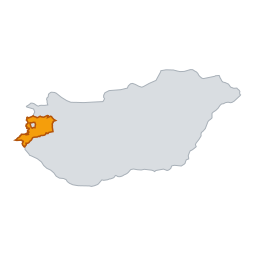 Hungary, with Vas highlighted
{"feature_id": "HUN-3138", "entity_name": "Vas", "entity_type": "County", "adm_level": 1, "iso_a3": "HUN", "parent_name": "Hungary", "parent_adm1": "", "projection": "robinson", "projection_center": [16.563, 47.075], "detail": "fine", "context": "in_parent", "style": "filled", "palette": "amber", "viewbox_px": 256, "rotation_deg": 0, "n_neighbors": 0, "source": "natural_earth", "source_scale": "10m", "svg_char_len": 4537}
<svg xmlns="http://www.w3.org/2000/svg" viewBox="0 0 256 256"><path d="M215.4,75.8L218.5,75.5L219.4,75.7L220.0,77.7L220.1,77.8L220.9,79.1L221.6,80.7L222.8,82.0L225.2,82.6L228.5,84.1L230.6,87.1L233.8,88.3L234.0,88.4L234.6,88.2L236.9,88.1L237.3,88.7L239.1,90.2L239.9,91.5L239.6,92.8L239.9,94.4L240.6,94.9L239.8,95.9L234.2,101.1L232.0,102.4L230.5,102.7L228.1,102.2L225.6,102.6L223.5,103.7L221.5,104.0L220.0,105.4L218.1,108.2L215.7,110.5L213.3,112.0L212.0,113.3L212.0,117.9L210.7,119.2L208.9,120.5L207.9,121.7L205.3,128.6L203.3,130.9L201.3,132.6L201.0,134.1L201.1,135.9L198.9,139.5L196.0,143.2L195.4,144.7L196.2,146.7L193.3,149.1L191.7,150.2L190.3,150.7L189.5,152.2L188.2,155.8L188.6,157.4L188.7,158.9L186.3,159.8L185.6,161.4L185.0,163.4L184.0,164.3L181.3,166.0L174.5,165.3L171.9,165.8L171.2,167.0L171.0,168.0L170.2,168.9L168.7,170.0L167.1,170.5L163.5,169.1L155.9,170.5L154.6,171.6L153.5,170.8L151.9,170.2L144.3,169.3L141.3,170.0L137.2,169.7L133.5,169.0L130.7,169.6L128.3,172.4L127.1,173.4L126.1,174.0L124.1,174.9L122.3,176.0L120.0,176.7L117.9,176.6L115.9,175.4L115.2,175.7L114.6,176.8L113.5,177.8L110.6,178.9L109.8,178.9L109.7,178.9L107.4,179.8L103.7,180.3L101.8,179.9L98.4,183.9L97.4,184.6L94.2,185.8L91.5,186.4L89.2,185.9L88.3,185.9L78.2,185.7L72.9,184.8L69.5,183.3L67.3,181.6L66.2,179.7L63.6,178.5L59.4,178.1L56.2,176.2L53.9,172.9L50.8,170.2L46.8,168.3L43.7,165.5L41.4,161.9L37.3,158.7L31.3,155.9L29.5,155.2L29.1,154.3L26.2,150.8L25.0,149.5L25.1,147.7L24.5,146.7L23.5,146.0L22.9,143.5L22.6,141.6L21.7,140.3L15.4,140.1L20.7,135.6L23.3,134.3L26.4,134.5L27.4,134.1L27.7,133.5L28.2,132.0L28.5,130.6L28.7,129.3L28.4,128.5L26.9,128.3L26.2,125.1L27.0,123.9L27.7,123.0L26.8,119.1L27.1,117.7L29.5,117.5L31.4,116.7L33.1,115.7L33.5,114.5L34.8,112.0L33.6,109.0L26.7,107.0L26.4,106.3L28.0,105.4L29.7,104.2L30.7,103.2L32.0,103.1L33.9,103.6L37.2,105.8L38.5,106.1L39.7,105.5L41.0,105.3L44.7,105.4L47.8,104.9L47.1,102.5L47.1,100.8L46.6,99.5L46.9,98.0L48.2,96.8L48.5,94.2L50.5,92.5L51.4,92.2L54.8,92.5L55.6,93.0L56.1,93.1L61.5,97.4L66.7,100.6L70.9,102.3L77.1,102.4L83.7,102.6L94.6,102.0L102.9,101.6L103.4,100.8L104.6,98.8L103.6,97.2L103.7,95.2L105.0,92.7L109.1,90.6L120.7,89.7L127.4,88.1L128.3,85.9L130.5,83.8L132.5,83.4L135.3,84.4L138.7,86.2L141.7,87.2L143.4,86.6L149.2,83.4L156.0,80.4L160.5,72.1L160.9,70.7L166.0,69.8L173.4,70.0L177.2,71.0L180.0,71.6L184.3,71.4L190.4,69.6L192.7,69.7L194.5,70.9L196.5,72.0L197.8,73.4L198.8,75.3L199.4,76.0L200.3,76.9L201.9,78.2L203.4,78.6L214.7,76.3L215.4,75.8Z" fill="#d9dde1" stroke="#a8b0b8" stroke-width="1"/><path d="M28.4,118.0L31.9,116.6L33.2,115.8L33.3,115.9L33.7,116.3L34.1,116.6L35.9,117.0L36.8,117.7L37.7,117.6L40.2,116.2L41.1,116.8L43.8,117.2L47.3,115.5L48.2,115.7L47.8,116.5L47.5,117.6L50.7,116.2L51.6,116.7L52.3,117.8L53.8,119.4L55.7,120.5L53.5,121.3L53.2,121.5L53.2,122.2L53.0,122.6L52.6,123.0L52.2,124.0L52.4,125.2L52.3,127.2L53.0,131.6L48.9,132.4L48.0,133.5L47.6,133.5L47.3,133.5L47.0,133.3L46.9,133.0L46.1,132.9L45.7,133.5L45.8,134.0L45.5,134.5L44.2,135.2L42.6,135.5L41.8,135.4L40.3,135.7L39.9,136.5L39.3,136.5L38.5,136.3L37.3,137.0L34.0,137.2L32.7,137.7L32.2,138.4L31.8,139.4L31.2,140.2L29.7,141.4L29.0,142.5L27.6,143.3L26.0,143.3L26.3,144.7L24.7,146.9L24.5,147.0L24.2,146.9L24.2,146.2L23.7,146.3L23.4,146.0L23.1,145.5L22.7,145.1L22.3,143.9L22.2,143.7L22.3,143.6L22.3,143.3L22.6,142.8L22.8,142.6L23.0,142.2L23.2,141.7L23.3,141.3L23.1,141.1L22.6,141.1L22.3,140.9L22.2,140.8L21.7,140.2L21.3,140.1L18.2,140.3L16.8,140.4L16.6,140.4L15.4,140.1L15.9,139.9L16.4,139.5L17.6,138.1L18.0,137.8L18.8,137.3L19.5,137.0L19.7,136.8L20.0,136.5L20.0,136.3L20.0,136.1L20.0,135.8L20.4,135.6L20.7,135.5L21.0,135.3L21.1,134.7L21.4,134.2L21.9,134.2L23.1,134.4L24.5,134.2L25.2,134.3L25.8,134.7L26.0,134.8L26.3,134.8L26.5,134.7L27.0,134.6L27.9,134.6L28.5,134.4L28.4,134.0L27.9,133.6L27.4,133.5L26.4,133.4L26.9,133.1L28.4,132.5L28.7,132.3L28.9,132.1L28.8,131.9L28.4,131.7L27.7,131.5L27.4,131.0L27.7,130.4L28.4,130.0L29.1,129.1L29.3,128.7L28.9,128.1L28.3,128.1L27.2,128.6L26.8,128.3L26.8,128.1L27.0,127.4L27.0,127.0L26.8,126.7L26.5,126.7L26.3,126.7L26.1,126.6L25.9,125.9L26.5,125.0L26.3,124.3L27.4,123.8L27.9,123.4L28.1,122.8L27.9,122.2L26.9,120.4L26.7,120.2L26.4,120.0L26.5,119.8L26.6,119.6L26.8,119.6L26.9,119.4L26.8,117.8L27.1,117.3L27.5,117.2L28.0,117.5L28.4,118.0ZM34.3,122.4L33.4,122.3L31.3,122.9L30.9,122.7L30.0,122.7L29.9,123.1L30.2,124.2L30.6,125.6L31.3,127.5L32.3,128.2L33.3,127.5L34.1,127.6L35.0,127.7L35.1,126.5L35.3,125.5L35.5,124.4L34.8,122.4L34.3,122.4Z" fill="#f59e0b" stroke="#b45309" stroke-width="1.5"/></svg>